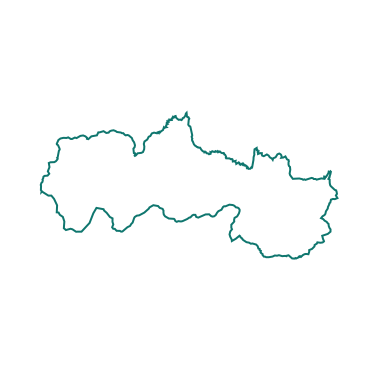 Orastioara De Sus, Hunedoara, Romania, rotated 150°
{"feature_id": "2599482B76008210683345", "entity_name": "Orastioara De Sus", "entity_type": "district", "adm_level": 2, "iso_a3": "ROU", "parent_name": "Romania", "parent_adm1": "Hunedoara", "projection": "albers", "projection_center": [23.232, 45.653], "detail": "fine", "context": "isolated", "style": "outline", "palette": "teal", "viewbox_px": 384, "rotation_deg": 150, "n_neighbors": 0, "source": "geoboundaries", "source_scale": "gbopen_adm2", "svg_char_len": 6039}
<svg xmlns="http://www.w3.org/2000/svg" viewBox="0 0 384 384"><g transform="rotate(150 192 192)"><path d="M278.8,201.4L278.6,199.5L277.3,198.7L276.7,196.1L273.9,194.4L273.2,193.1L272.0,192.6L265.5,193.8L262.6,193.6L260.6,194.7L258.7,195.2L255.1,198.4L254.0,199.0L251.6,199.1L249.4,198.2L243.6,198.0L237.7,199.2L236.6,199.9L232.1,199.9L228.4,196.8L227.9,194.4L225.9,192.1L226.0,190.1L226.9,188.7L227.7,186.6L227.5,184.4L225.3,180.6L221.1,177.8L220.8,177.2L220.9,175.1L220.1,173.8L218.4,173.6L216.3,172.0L214.8,171.5L209.7,171.0L207.0,171.2L206.1,170.8L203.4,171.6L202.1,171.5L200.5,170.5L200.8,168.3L199.4,166.7L191.5,165.8L188.3,164.1L187.5,161.6L186.6,160.5L185.1,159.9L183.1,160.1L180.5,161.6L178.7,162.2L175.4,161.9L172.6,163.5L171.3,163.6L170.3,162.9L165.9,162.3L163.2,160.3L162.2,158.9L161.6,156.7L160.3,155.7L159.7,154.5L159.6,153.0L160.2,151.8L162.1,150.0L165.1,148.3L168.1,148.3L169.6,146.7L170.1,145.4L170.7,145.1L174.3,144.0L175.8,141.4L176.0,139.7L178.6,138.7L180.7,136.5L181.3,134.0L181.4,130.9L182.0,129.6L177.5,129.6L172.7,130.4L172.4,129.5L172.6,128.4L171.8,126.7L171.8,125.6L171.1,125.3L171.8,125.4L171.7,124.9L169.9,121.3L167.9,119.6L166.9,117.8L165.4,117.2L162.7,114.4L162.2,112.1L162.8,109.9L161.9,108.9L162.5,107.9L161.8,106.6L162.7,105.8L162.5,105.2L162.7,104.5L161.9,102.9L162.4,102.1L162.0,100.0L161.0,99.4L160.4,98.5L158.0,97.1L154.5,95.8L152.0,95.6L150.2,94.3L148.3,93.8L145.9,91.3L143.3,90.1L142.2,89.1L141.5,89.4L140.0,88.9L138.5,84.4L136.6,83.1L135.5,83.1L135.2,82.4L131.7,82.0L131.6,82.6L130.5,82.5L130.1,81.3L127.6,81.9L125.8,81.9L124.3,81.4L122.3,79.9L120.2,81.8L119.6,83.1L116.5,82.7L113.2,83.6L112.3,84.8L109.6,84.9L108.6,85.7L106.1,83.8L104.1,83.0L102.5,83.2L102.3,83.3L102.0,85.9L101.1,89.0L95.4,87.8L91.9,88.4L90.7,90.4L90.9,92.2L90.6,94.1L89.7,96.2L90.1,97.1L90.3,98.8L91.5,100.9L91.9,102.9L93.3,104.8L91.1,105.7L88.7,105.8L87.4,106.4L85.7,108.3L82.7,109.8L81.8,111.0L79.3,112.7L78.8,113.5L77.5,113.7L75.5,115.9L73.4,115.5L71.9,114.4L69.1,114.0L69.1,117.1L67.4,117.9L66.5,120.4L66.6,121.1L66.4,121.4L67.3,122.5L68.9,127.7L68.9,129.0L68.2,131.0L66.6,133.9L67.3,135.1L65.7,135.8L64.9,136.7L65.1,136.7L63.1,138.4L63.2,138.6L61.6,140.0L61.8,140.8L63.3,140.3L63.6,141.1L64.5,140.1L68.2,138.1L69.8,139.3L70.1,138.8L69.6,138.3L69.6,137.7L70.6,137.1L73.2,139.1L77.9,140.4L78.4,141.4L80.1,142.4L80.4,143.5L81.4,144.4L87.7,145.8L88.4,146.8L89.6,147.0L90.1,148.0L92.4,150.1L98.1,153.0L98.6,157.6L98.2,159.2L95.8,162.1L94.6,164.7L95.0,166.1L94.7,167.5L93.4,169.7L92.8,170.1L92.4,171.4L93.4,172.8L93.3,176.1L95.7,176.2L97.6,177.0L96.7,177.6L96.3,179.3L96.4,180.2L97.1,181.6L97.8,181.8L99.2,181.9L102.2,180.3L104.8,180.6L106.0,179.5L106.1,181.0L107.3,183.2L107.4,185.2L108.4,187.1L111.9,187.1L113.0,188.4L112.8,189.7L112.1,190.7L113.5,191.6L115.8,191.9L115.4,192.7L114.2,193.9L114.9,194.1L114.3,195.1L114.3,195.8L114.9,196.0L114.0,197.8L116.5,197.7L118.6,194.7L119.3,193.2L121.2,191.4L122.7,189.1L127.5,183.4L128.0,183.1L128.3,183.7L129.8,183.0L131.5,183.8L131.4,184.8L133.3,185.3L131.6,185.6L131.4,186.1L132.0,187.7L132.7,188.0L132.5,188.6L133.1,189.0L133.4,190.5L133.9,189.9L134.3,191.1L134.7,190.8L134.8,191.5L136.4,191.4L136.4,192.5L136.8,192.5L136.5,193.6L136.7,194.3L139.6,194.2L139.2,195.2L139.5,196.6L138.8,197.2L141.4,198.0L140.6,199.9L140.9,200.6L142.0,201.0L142.7,202.3L145.6,204.1L145.6,204.8L144.8,205.6L144.7,207.7L145.3,208.5L144.9,209.5L145.1,210.0L146.2,210.4L147.0,211.2L147.6,213.2L148.7,213.1L149.1,214.3L149.7,213.9L149.8,214.6L150.5,214.6L151.2,215.6L151.9,215.3L152.0,215.6L152.8,215.6L154.1,217.2L155.5,216.7L156.1,217.4L156.9,215.8L158.4,216.2L158.8,217.4L159.9,218.2L160.0,219.4L161.3,220.0L160.8,220.6L161.8,221.2L162.4,222.3L162.8,224.1L162.8,226.3L164.5,227.4L164.6,228.1L165.4,228.8L165.7,230.0L166.1,230.4L166.5,232.3L166.0,235.7L166.2,236.3L165.7,237.5L165.0,238.1L165.0,239.0L164.5,240.3L163.8,240.5L163.4,241.1L160.8,249.3L160.8,249.7L161.4,250.5L161.6,252.1L158.7,256.2L157.7,256.8L157.7,258.6L158.5,259.0L158.6,260.0L157.1,263.3L158.1,263.0L159.5,261.5L161.9,260.4L163.1,260.6L164.3,259.7L165.3,259.6L165.8,260.5L167.5,261.2L168.5,263.8L168.5,264.9L167.9,266.9L168.6,265.5L169.3,265.5L169.6,265.9L170.4,265.6L170.8,266.7L172.2,265.9L172.3,265.4L173.5,265.4L173.6,264.5L174.7,265.0L175.4,266.0L175.7,265.6L176.4,265.8L177.0,264.6L177.7,265.3L177.8,264.6L178.6,264.9L179.2,264.6L179.0,263.1L180.2,263.4L180.6,262.7L181.6,262.2L181.9,261.5L181.7,260.9L182.7,261.3L183.0,260.4L183.1,261.5L184.0,261.2L184.3,261.4L184.3,261.8L186.1,260.2L188.9,260.0L189.8,259.5L190.4,259.8L190.2,260.5L191.2,260.7L190.9,259.9L191.3,259.5L191.9,260.6L192.9,260.3L195.2,262.4L197.5,262.8L200.1,261.3L201.9,261.5L204.5,259.8L207.9,259.5L209.7,257.7L210.5,255.3L212.1,252.9L214.5,251.1L216.2,251.2L219.8,252.7L222.1,251.8L224.2,251.8L222.1,252.8L222.0,254.0L222.6,254.2L222.9,254.7L221.1,258.8L219.3,259.5L218.0,261.0L217.3,264.0L217.5,266.5L217.1,268.8L218.5,272.7L219.5,273.7L221.1,274.2L221.7,275.3L222.1,277.3L223.2,277.9L223.9,279.1L227.0,281.5L227.7,283.0L229.1,284.7L231.3,285.5L233.0,285.7L234.5,285.1L236.7,286.0L238.2,288.9L242.4,289.9L243.3,290.5L246.0,288.6L251.3,290.5L255.4,289.6L256.4,290.6L255.8,291.5L256.5,293.5L258.0,295.4L260.6,296.4L265.0,296.4L266.2,297.7L269.4,297.9L270.5,298.6L271.9,301.2L273.6,301.5L276.3,303.2L279.2,304.1L281.7,303.8L285.0,301.4L285.2,300.8L284.6,299.5L285.0,295.8L285.4,294.9L286.7,294.2L291.0,289.2L291.7,289.0L291.6,288.1L292.1,287.6L294.5,286.7L296.3,286.7L299.7,288.5L301.5,288.7L303.0,284.8L306.5,282.0L306.5,279.2L308.9,278.4L311.7,279.7L313.0,279.5L314.2,278.1L315.2,277.6L315.4,276.7L316.5,275.5L317.8,275.2L319.5,273.7L319.6,272.9L321.9,269.2L321.7,268.1L322.4,267.2L321.7,267.4L318.2,260.7L315.6,259.2L314.9,255.0L315.5,247.9L319.3,242.0L317.8,240.9L317.9,238.4L316.3,235.0L317.3,230.3L321.1,224.7L320.2,222.1L315.6,220.9L314.2,219.5L312.3,215.6L307.5,212.9L296.2,216.4L288.1,222.9L282.7,226.0L277.2,221.3L277.4,219.9L276.3,216.6L275.6,211.4L274.0,208.9L275.8,205.9L276.4,203.2L278.8,201.4Z" fill="none" stroke="#0f766e" stroke-width="2"/></g></svg>